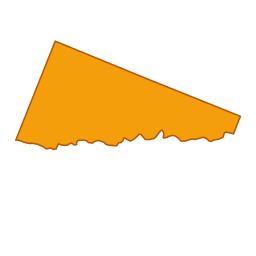 the district of Maverick, Texas, United States of America, rotated 292°
{"feature_id": "52423323B24944567676343", "entity_name": "Maverick", "entity_type": "district", "adm_level": 2, "iso_a3": "USA", "parent_name": "United States of America", "parent_adm1": "Texas", "projection": "robinson", "projection_center": [-100.434, 28.642], "detail": "fine", "context": "isolated", "style": "filled", "palette": "amber", "viewbox_px": 256, "rotation_deg": 292, "n_neighbors": 0, "source": "geoboundaries", "source_scale": "gbopen_adm2", "svg_char_len": 1249}
<svg xmlns="http://www.w3.org/2000/svg" viewBox="0 0 256 256"><g transform="rotate(292 128 128)"><path d="M181.2,28.0L74.8,28.5L75.6,31.0L75.9,34.4L75.8,36.6L76.3,40.3L77.1,43.6L77.6,44.0L78.1,45.6L79.1,50.5L78.8,57.1L78.0,60.1L80.4,63.7L80.3,66.2L80.1,66.7L81.8,69.3L82.6,69.1L87.4,69.5L87.3,72.7L88.0,75.4L89.5,78.2L91.6,79.8L93.0,81.5L92.2,84.3L92.7,85.9L93.5,86.5L95.2,85.8L96.8,86.0L97.9,86.6L100.1,91.1L100.7,94.4L99.7,96.7L100.6,100.6L103.3,102.2L105.5,105.7L105.7,111.1L104.6,113.7L105.0,117.0L106.9,123.4L107.7,124.2L110.8,124.9L111.8,126.8L114.0,128.0L117.1,127.9L117.4,129.0L116.8,133.6L117.0,135.3L120.4,138.1L126.4,140.7L126.7,141.8L126.6,142.8L123.9,148.2L125.1,151.8L128.2,156.3L130.1,157.2L133.3,157.9L137.8,159.4L138.7,160.0L138.1,161.7L136.8,162.9L135.2,163.7L132.6,164.1L132.1,165.0L134.2,168.0L135.5,169.0L137.3,171.2L138.0,172.7L138.3,175.5L138.1,176.2L136.8,180.0L135.7,181.7L136.7,184.6L137.2,185.7L141.3,190.8L141.9,191.9L142.5,194.5L147.4,201.0L147.8,202.0L147.6,204.5L146.3,208.3L146.5,209.6L147.3,210.8L149.0,212.0L151.4,216.0L154.5,219.1L155.5,219.6L159.1,219.2L159.9,219.4L160.5,220.0L161.0,221.2L161.8,224.9L162.1,228.0L180.9,227.8L180.7,126.5L181.2,28.0Z" fill="#f59e0b" stroke="#b45309" stroke-width="1.5"/></g></svg>